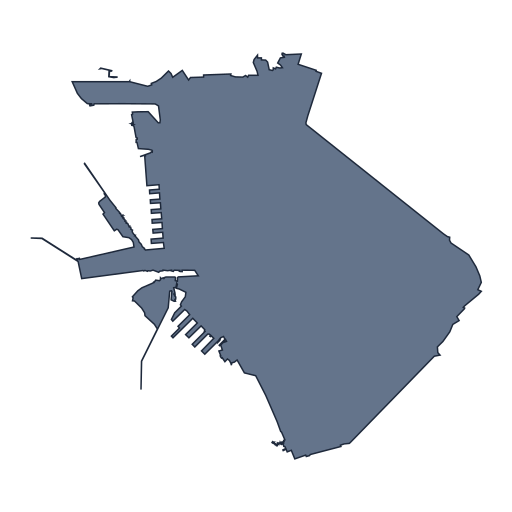 outline of NCR, City of Manila, First District, Manila, Philippines
{"feature_id": "2640588B65314213268917", "entity_name": "NCR, City of Manila, First District", "entity_type": "district", "adm_level": 2, "iso_a3": "PHL", "parent_name": "Philippines", "parent_adm1": "Manila", "projection": "albers", "projection_center": [120.961, 14.599], "detail": "fine", "context": "isolated", "style": "filled", "palette": "slate", "viewbox_px": 512, "rotation_deg": 0, "n_neighbors": 0, "source": "geoboundaries", "source_scale": "gbopen_adm2", "svg_char_len": 6020}
<svg xmlns="http://www.w3.org/2000/svg" viewBox="0 0 512 512"><path d="M316.2,70.3L298.1,64.3L301.3,54.0L285.9,54.7L283.0,53.1L282.7,53.9L282.1,53.6L282.0,54.5L283.0,56.0L284.1,56.1L284.4,57.3L280.4,57.9L277.7,63.0L280.5,65.0L282.4,67.7L279.7,68.0L276.3,67.2L275.6,68.9L273.3,67.9L273.2,69.8L272.4,70.5L269.2,69.7L267.6,62.1L265.7,60.1L261.4,59.9L261.4,57.9L257.6,57.9L257.5,55.2L254.1,59.5L253.3,62.5L257.1,71.4L258.0,75.3L248.6,75.3L247.7,77.2L245.6,75.5L242.8,77.1L235.4,76.9L230.6,75.5L230.9,74.0L203.6,75.0L203.6,77.1L190.5,77.5L188.6,80.0L182.3,70.4L172.7,77.3L171.0,73.5L168.5,71.0L161.3,78.1L156.2,81.5L151.3,83.4L151.7,84.9L147.7,86.3L129.7,81.7L129.7,81.0L129.2,81.7L72.2,81.7L77.4,93.4L81.4,98.6L87.3,103.6L92.3,103.8L89.5,104.6L90.0,105.9L93.8,105.2L94.1,103.9L94.7,103.8L123.0,103.7L153.8,103.9L155.3,104.0L158.5,105.9L160.3,119.9L159.9,122.8L158.2,122.8L148.2,111.7L138.2,111.8L132.3,112.1L132.6,114.1L131.6,114.7L133.0,121.6L132.5,122.1L133.1,122.2L133.2,123.2L131.1,123.7L133.5,124.5L131.2,125.2L133.6,125.7L134.1,127.0L136.0,137.3L137.3,138.1L137.2,139.3L136.2,139.5L136.1,142.4L137.0,142.5L138.4,148.6L148.5,149.3L151.9,150.2L152.4,150.9L152.2,152.2L151.3,151.9L150.5,152.8L140.0,156.6L145.4,155.0L145.5,155.8L144.7,156.0L146.9,185.7L159.0,184.7L159.3,189.2L149.5,190.0L149.7,193.7L159.5,192.9L159.9,199.1L150.3,199.8L150.5,203.4L160.4,202.8L160.8,208.9L151.2,209.6L151.4,213.3L161.2,212.6L161.7,218.8L152.0,219.5L152.2,223.2L162.0,222.5L162.4,228.6L152.8,229.4L153.1,233.1L162.7,232.3L163.1,238.1L151.1,239.1L151.4,243.4L163.4,242.5L164.2,248.3L145.4,250.0L144.3,248.9L144.5,248.4L142.3,246.7L141.2,244.2L139.0,241.9L138.5,239.9L135.1,236.0L135.3,235.5L134.7,235.6L134.9,235.1L133.6,234.1L132.2,231.8L132.5,230.1L131.2,229.5L131.8,229.0L131.0,229.2L130.7,227.3L129.7,227.1L129.7,226.3L129.1,226.7L127.8,223.6L126.7,223.3L126.7,222.6L126.0,222.8L125.9,221.0L124.9,221.1L125.0,219.9L124.2,219.5L124.0,218.3L123.3,218.6L122.8,217.9L123.2,217.5L122.0,216.6L122.9,216.0L122.1,216.0L122.5,215.2L121.3,215.5L120.4,213.3L119.6,213.4L119.3,212.1L115.8,208.4L116.0,207.8L109.9,200.2L84.7,163.4L84.4,163.8L104.4,192.4L104.2,193.8L105.4,195.5L105.3,197.0L99.6,201.4L98.7,202.9L99.0,204.4L104.5,212.6L103.0,214.1L114.3,230.8L116.7,229.2L118.0,229.7L122.9,236.7L129.0,237.7L131.6,239.6L133.3,242.4L134.0,247.0L79.0,259.6L79.7,259.0L79.4,258.3L78.0,258.7L77.6,259.7L76.9,258.7L75.6,259.5L42.1,238.2L30.7,238.0L41.9,238.5L78.1,261.5L81.7,278.6L143.0,270.5L143.8,271.0L144.9,270.4L147.5,271.3L148.0,270.7L150.3,271.0L153.0,270.1L158.7,272.3L159.8,271.2L162.9,270.8L163.0,270.1L167.6,270.7L171.4,270.2L171.2,270.8L173.3,271.4L174.2,270.2L179.7,270.4L179.4,271.3L180.8,271.6L182.2,271.6L182.1,270.2L194.7,270.3L198.3,275.8L178.4,276.9L177.6,277.5L177.4,281.2L175.3,280.6L175.5,277.7L174.9,277.0L166.1,277.0L164.9,277.3L163.9,278.5L163.3,277.8L161.1,278.6L160.5,277.9L160.4,279.8L159.5,280.7L155.7,280.1L154.1,282.4L153.6,282.1L153.0,283.0L141.9,287.8L137.8,290.8L132.4,296.8L133.1,297.8L132.5,300.8L134.5,301.0L141.6,308.0L144.6,312.7L145.0,315.7L154.4,324.3L157.4,329.0L141.5,361.1L141.0,389.6L141.6,361.2L168.2,307.8L169.7,291.2L171.4,290.8L171.9,291.3L171.1,299.8L174.2,301.3L175.5,301.2L174.9,299.4L175.7,299.1L175.8,297.0L174.8,295.9L175.2,295.1L174.7,294.3L175.5,293.5L174.6,293.8L174.0,295.2L174.0,293.7L174.9,292.7L173.7,287.7L176.0,287.3L176.7,283.3L177.4,284.4L176.3,288.3L179.2,289.0L185.9,292.3L185.3,296.8L181.6,301.8L180.4,304.8L181.4,306.1L174.7,312.8L171.4,319.5L172.8,321.2L184.7,309.5L187.0,311.1L189.7,314.7L178.0,326.3L179.5,328.0L171.4,336.1L173.0,337.8L192.8,318.3L197.3,323.0L185.6,334.6L188.9,337.8L201.1,325.9L204.8,329.7L204.3,331.4L204.8,331.6L205.6,330.9L192.2,344.3L194.8,347.0L207.7,334.1L209.2,334.1L210.3,334.9L210.1,335.5L210.6,335.2L211.1,335.7L210.2,337.1L211.4,335.9L213.8,338.3L201.5,350.9L204.8,354.2L218.1,341.0L217.9,342.3L220.2,340.0L218.5,340.6L219.9,338.6L220.3,338.9L220.7,337.7L223.5,336.5L225.0,339.3L219.2,345.2L219.7,345.7L225.5,339.5L226.5,341.4L223.0,342.6L220.7,345.0L222.4,350.0L218.9,351.0L220.7,355.6L220.2,355.9L220.6,356.8L221.5,358.1L222.2,357.7L224.9,361.7L227.4,359.0L229.4,360.4L231.1,363.7L231.3,365.2L231.9,362.8L234.4,362.1L237.1,360.0L244.4,372.9L255.7,375.7L265.7,395.3L277.2,421.8L280.7,431.5L281.5,432.0L284.9,439.9L283.7,440.4L284.1,441.3L281.8,442.3L281.2,441.7L281.4,442.3L280.4,442.9L280.1,442.3L279.9,443.2L279.5,442.6L279.8,443.3L278.9,443.0L278.8,443.8L278.4,443.2L278.7,443.9L278.2,444.2L277.8,443.6L277.6,444.5L277.3,443.9L277.2,444.7L276.9,444.2L276.1,444.4L276.5,443.8L276.0,444.4L275.5,444.1L275.9,443.4L275.4,444.0L275.0,443.6L275.4,442.9L274.9,443.6L274.4,443.2L274.9,442.6L274.3,443.2L273.9,442.9L274.3,442.2L273.2,442.4L273.7,441.6L273.2,442.3L272.6,442.0L273.1,441.0L271.6,443.1L272.5,442.1L273.2,442.6L272.5,443.8L273.3,442.6L273.9,443.0L273.3,444.0L274.0,443.1L274.6,443.6L274.0,444.5L274.7,443.6L275.3,444.1L274.7,445.1L275.4,444.1L276.0,444.6L275.3,445.5L276.1,444.6L276.7,445.0L276.0,446.2L277.4,444.8L277.9,445.5L277.5,444.8L281.1,442.7L281.8,442.5L281.5,443.7L284.4,442.6L280.9,444.7L283.0,443.7L283.8,446.4L284.9,446.6L285.8,448.5L282.9,449.9L283.2,450.6L286.1,449.2L287.2,451.9L291.3,450.3L294.8,458.9L305.7,455.1L306.3,456.5L309.5,455.6L310.3,454.5L340.1,446.7L340.9,446.5L340.4,445.2L344.2,443.9L349.3,443.4L350.4,442.4L434.3,356.2L440.0,355.1L437.8,352.6L437.4,346.9L442.9,341.5L449.8,331.8L452.8,324.4L459.1,320.6L456.8,316.6L464.2,309.0L464.7,308.1L463.3,307.3L464.8,305.7L478.7,294.2L481.3,291.3L477.8,289.7L481.3,282.4L479.8,275.9L476.0,266.9L468.8,255.0L451.0,243.0L449.5,240.2L449.7,237.2L447.4,236.6L443.4,233.8L306.2,124.6L305.9,122.8L307.8,115.8L321.5,73.3L316.0,71.3L316.2,70.3ZM112.4,70.8L100.7,68.1L100.0,68.8L101.8,68.5L109.1,70.2L108.8,76.7L113.8,77.6L113.8,77.2L115.9,77.4L117.6,77.0L110.6,76.7L110.6,76.2L110.5,76.7L109.0,76.6L109.3,74.1L109.9,74.0L109.3,73.9L109.4,72.8L109.9,72.9L109.4,72.8L109.6,70.5L110.9,70.7L111.1,71.8L111.2,70.7L112.4,70.8Z" fill="#64748b" stroke="#1e293b" stroke-width="1.5"/></svg>